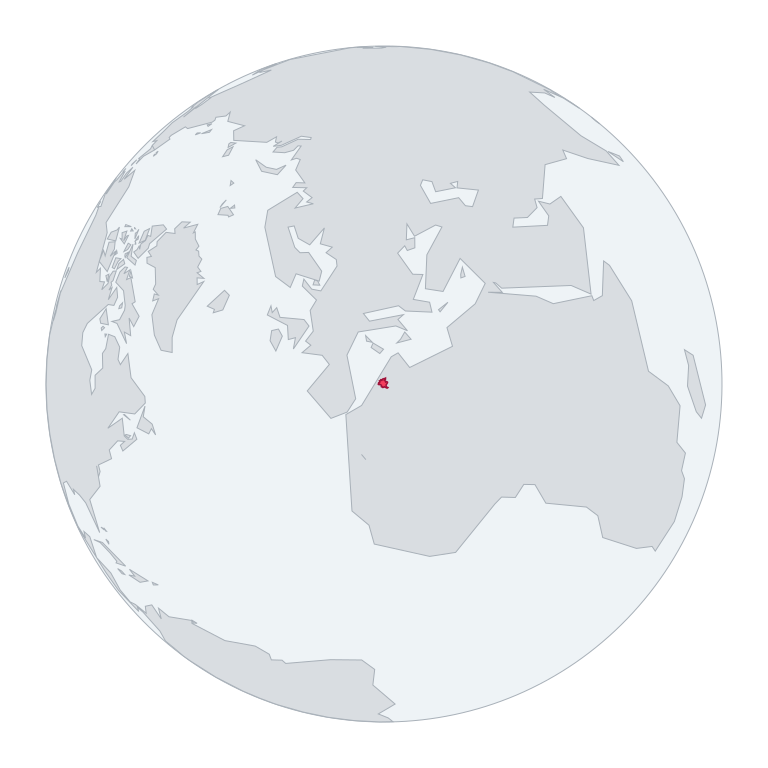 globe centered on M'Sila, rotated 314°
{"feature_id": "DZA-2214", "entity_name": "M'Sila", "entity_type": "Province", "adm_level": 1, "iso_a3": "DZA", "parent_name": "Algeria", "parent_adm1": "", "projection": "orthographic", "projection_center": [4.266, 35.131], "detail": "fine", "context": "on_globe", "style": "filled", "palette": "rose", "viewbox_px": 768, "rotation_deg": 314, "n_neighbors": 0, "source": "natural_earth", "source_scale": "10m", "svg_char_len": 11778}
<svg xmlns="http://www.w3.org/2000/svg" viewBox="0 0 768 768"><g transform="rotate(314 384 384)"><circle cx="384" cy="384" r="338" fill="#eef3f6" stroke="#a8b0b8"/><path d="M186.9,109.5L208.8,96.5L199.9,102.2L207.2,98.5L218.8,91.5L224.6,88.0L265.4,72.6L305.2,59.5L313.5,55.7L315.1,57.0L327.8,51.1L346.6,48.2L328.0,51.6L328.1,52.2L342.2,49.7L345.4,50.0L354.0,49.3L356.5,50.1L345.4,53.1L346.9,53.9L356.8,52.3L365.5,52.8L350.8,54.9L364.6,56.3L348.6,63.4L307.1,71.9L300.6,79.7L264.5,99.5L270.3,99.6L260.3,108.4L263.3,112.0L255.7,115.5L264.6,115.6L270.9,111.8L277.0,110.8L279.3,112.9L270.1,117.3L267.6,117.0L266.1,119.4L260.5,120.9L264.5,121.4L253.1,127.1L267.8,124.7L261.4,132.1L252.9,135.1L249.6,130.4L221.5,128.5L211.8,131.6L201.6,139.9L191.2,163.9L182.3,169.8L173.4,180.9L180.2,179.2L189.6,170.1L200.1,170.6L210.4,160.2L216.1,159.3L228.4,151.3L231.0,157.5L226.9,168.3L216.9,175.6L214.8,180.9L228.0,178.6L212.8,197.7L208.9,220.6L204.5,225.5L189.3,225.5L180.0,212.8L160.3,216.1L177.6,219.5L166.2,233.2L166.2,238.1L169.5,241.1L175.5,238.3L172.6,244.6L154.4,242.7L156.8,236.9L162.5,237.3L158.1,231.9L145.7,232.2L141.0,239.9L127.4,234.8L123.8,240.6L118.8,243.2L125.5,234.1L113.2,250.8L96.5,252.6L79.6,282.7L91.3,252.0L92.6,242.2L92.5,233.8L89.5,238.5L93.5,223.2L90.1,222.1L78.7,240.7L69.2,262.3L65.8,276.4L69.5,270.6L69.8,278.4L59.5,297.9L58.3,318.8L52.6,337.2L50.9,352.6L52.7,358.4L53.9,372.2L58.3,366.7L63.8,370.4L60.3,387.0L66.1,377.5L67.2,391.0L80.3,409.9L78.4,412.2L88.9,447.8L106.0,473.4L109.9,489.2L107.3,494.6L114.5,502.5L114.7,507.4L148.5,537.0L170.0,559.7L172.2,575.6L159.7,585.1L161.5,614.3L142.7,609.1L146.7,618.9L147.3,625.0L137.6,615.3L120.7,595.8L105.3,575.1L91.6,553.3L79.5,530.5L77.6,526.5L71.4,512.2L65.0,495.5L56.3,466.6L50.3,437.2L49.0,428.7L48.3,417.0L47.3,405.4L50.6,394.5L52.5,369.3L52.1,361.8L50.0,365.6L51.1,336.6L55.3,314.6L67.7,265.1L77.3,242.2L88.5,220.0L101.4,198.8L115.8,178.5L131.6,159.3L148.8,141.4L167.3,124.7L186.9,109.5ZM74.4,291.5L73.5,324.7L69.2,315.5L70.9,315.0L72.2,304.3L72.8,290.0L70.5,283.3L74.4,291.5ZM84.7,284.3L84.4,279.8L85.3,283.0L84.7,284.3ZM226.8,86.6L218.7,91.5L207.1,98.1L213.4,93.8L226.8,86.6ZM249.3,76.3L246.5,78.1L238.6,80.7L242.7,78.8L249.3,76.3ZM318.7,53.4L311.5,55.2L317.4,53.5L318.7,53.4ZM354.8,49.1L355.8,48.7L359.8,48.6L354.8,49.1ZM226.1,148.5L227.2,149.9L224.4,150.6L226.1,148.5ZM230.4,143.9L226.4,143.8L227.8,141.7L230.3,141.8L230.4,143.9ZM367.4,50.0L373.6,50.4L365.4,50.4L367.4,50.0ZM235.1,144.6L230.9,138.0L233.5,134.3L245.2,131.8L235.1,144.6ZM375.9,50.9L391.0,52.7L394.6,51.6L393.0,56.4L380.7,52.8L370.0,52.8L376.2,51.9L375.9,50.9ZM271.9,109.8L265.3,113.9L268.7,108.7L271.9,109.8ZM272.6,106.8L274.4,93.9L285.4,89.4L282.5,94.4L295.0,87.7L299.5,91.8L293.7,96.4L285.7,98.3L293.5,98.6L272.6,106.8ZM389.7,59.3L391.7,60.5L387.5,59.9L389.7,59.3ZM279.6,110.0L279.0,107.5L288.5,103.4L291.4,107.7L287.4,107.6L279.6,110.0ZM296.1,84.2L303.7,82.3L309.4,85.0L313.1,84.7L300.6,91.6L296.1,84.2ZM286.5,109.6L292.7,110.1L290.4,114.0L280.9,112.2L286.5,109.6ZM289.7,100.7L294.3,99.0L292.7,101.3L289.7,100.7ZM285.6,129.4L284.6,126.0L289.5,123.4L285.6,129.4ZM295.2,110.0L296.0,108.7L297.8,107.4L301.3,108.6L295.2,110.0ZM305.5,93.2L306.3,95.0L310.9,90.5L315.4,92.8L306.2,97.2L312.0,96.2L313.4,97.0L304.4,99.8L305.5,93.2ZM310.3,106.3L300.2,113.4L300.9,120.0L296.6,122.3L296.2,111.3L310.3,106.3ZM307.6,102.2L308.3,105.2L302.6,106.2L298.6,104.9L307.6,102.2ZM321.7,92.9L317.2,88.3L319.3,87.5L321.7,92.9ZM311.6,107.9L314.0,106.2L312.3,108.3L311.6,107.9ZM319.9,97.2L318.0,95.5L320.5,94.7L319.9,97.2ZM320.4,104.5L317.2,106.6L314.3,105.6L320.4,104.5ZM321.1,100.9L325.0,100.2L315.3,104.0L319.8,100.3L321.1,100.9ZM322.5,96.7L323.4,95.6L323.0,97.5L322.5,96.7ZM333.0,107.4L321.5,112.4L315.3,109.9L327.3,105.4L333.0,107.4ZM481.2,60.3L471.9,59.0L436.7,54.4L452.0,56.1L451.5,57.1L458.7,58.8L469.2,60.5L468.6,59.7L500.5,72.7L531.6,84.9L522.2,78.5L524.8,78.3L552.0,90.9L601.2,125.3L602.9,126.6L612.0,134.6L613.2,135.9L607.2,130.7L618.8,142.3L610.7,135.4L623.6,148.6L627.8,151.6L620.7,143.2L635.4,158.7L637.8,160.9L656.9,184.8L673.8,210.3L688.3,237.2L688.3,237.3L695.5,253.8L698.1,259.5L711.4,300.5L711.0,300.7L716.3,323.0L716.6,324.3L718.1,333.1L718.0,332.8L714.2,314.2L706.9,294.1L708.8,307.9L705.0,297.4L695.2,286.0L695.9,305.7L699.4,353.3L706.0,381.9L704.5,401.1L687.8,374.0L676.5,350.1L672.9,358.8L653.7,347.5L627.5,369.1L621.7,363.9L617.2,371.6L603.4,371.5L593.7,362.3L586.3,367.7L611.7,391.4L619.4,385.7L622.8,368.1L628.7,378.3L641.8,380.9L634.9,419.0L592.5,470.5L584.9,450.2L534.7,402.1L534.3,394.3L534.0,393.5L533.1,392.2L532.1,405.4L522.3,395.1L552.8,432.4L559.4,450.0L591.9,472.2L589.7,476.9L599.2,479.7L625.1,456.5L626.0,463.8L615.9,504.4L576.9,565.4L580.1,589.8L574.0,612.1L545.5,635.2L543.7,648.8L528.4,658.2L524.6,665.9L509.8,676.8L486.8,688.4L452.2,695.2L453.4,689.7L441.1,679.8L425.5,648.0L437.8,629.3L436.1,615.1L410.7,583.2L416.5,562.5L408.9,554.3L393.6,557.3L384.3,547.1L374.8,547.1L312.6,552.5L291.7,536.6L262.1,488.2L272.0,471.3L270.4,449.2L335.5,377.8L353.0,382.8L408.6,370.3L416.2,372.5L413.7,391.0L458.7,407.1L468.3,390.1L505.0,393.9L526.7,386.9L527.2,351.5L491.6,362.2L481.3,347.6L506.7,325.1L537.2,316.6L534.2,310.7L511.5,303.3L515.1,289.3L503.2,299.9L510.6,304.5L503.4,311.6L496.2,308.0L497.8,302.9L487.6,302.9L482.9,328.4L489.8,335.9L465.2,346.3L474.5,360.0L469.0,368.6L451.4,348.7L450.4,340.1L420.4,320.2L419.1,329.9L447.4,349.8L440.1,349.2L438.6,363.9L434.0,352.2L403.5,329.3L379.0,337.3L353.7,373.9L338.2,377.0L322.4,369.7L325.7,333.6L360.1,331.1L361.7,319.6L349.6,303.3L361.1,304.4L360.4,297.8L372.9,296.4L385.6,279.8L397.5,277.1L397.7,257.2L403.8,253.5L402.0,266.1L407.1,273.9L436.2,268.3L440.4,263.2L438.2,251.1L446.5,251.7L440.6,240.8L454.9,232.7L432.5,233.9L429.2,221.1L435.3,209.6L430.2,206.0L420.3,224.9L420.1,232.4L426.3,238.4L421.9,260.8L413.0,265.9L402.2,244.2L388.3,249.5L386.0,231.4L414.0,189.4L428.2,179.7L461.6,188.4L461.1,197.0L448.8,197.8L464.6,208.0L461.2,201.9L468.1,202.8L466.7,191.9L471.5,192.1L462.0,181.8L467.8,180.9L473.7,187.4L476.6,171.8L487.3,167.8L485.6,164.3L480.8,161.7L497.6,159.1L495.6,156.7L489.3,156.6L481.4,151.9L473.8,143.0L480.0,142.6L483.6,145.7L500.4,152.2L508.9,161.4L510.7,160.4L504.8,152.4L484.3,144.3L478.0,139.2L487.9,141.8L483.8,140.4L482.6,137.8L487.2,135.0L476.4,131.8L454.9,106.7L461.7,99.9L472.9,104.3L464.4,89.2L472.8,84.5L467.0,84.1L459.1,77.8L456.3,79.1L453.0,78.5L431.3,65.3L431.0,62.5L415.1,58.2L412.1,58.2L411.5,59.9L393.0,56.4L394.6,51.6L401.3,51.5L397.8,49.3L413.5,50.0L424.8,50.2L444.0,53.7L451.3,54.3L449.1,53.4L457.3,54.3L476.9,59.1L481.2,60.3ZM317.7,416.7L317.0,423.5L317.7,416.7ZM573.1,324.5L589.1,317.2L575.8,300.3L580.9,296.3L574.5,292.4L574.8,299.1L558.2,287.6L562.9,277.9L557.8,270.0L552.2,272.2L546.3,292.1L569.9,308.3L568.8,318.7L573.1,324.5ZM80.8,410.3L82.0,415.8L79.6,412.8L80.8,410.3ZM66.2,320.6L67.2,325.1L66.9,329.8L65.6,327.4L66.2,320.6ZM80.4,355.1L82.7,361.2L79.2,357.7L80.4,355.1ZM73.9,329.6L78.4,351.0L71.9,346.3L69.4,333.1L72.6,338.2L73.9,329.6ZM79.2,291.6L79.3,295.3L77.6,297.5L79.2,291.6ZM85.3,286.7L84.9,286.0L85.9,282.3L85.3,286.7ZM167.3,233.2L168.6,233.6L170.8,237.6L167.6,237.8L167.3,233.2ZM194.1,245.1L188.7,255.1L190.3,247.7L184.7,249.4L180.9,236.7L202.1,227.4L193.2,233.6L194.1,245.1ZM181.8,218.4L181.8,226.7L181.0,218.0L181.8,218.4ZM344.4,266.1L350.2,269.9L347.8,277.6L332.6,283.3L336.0,272.0L344.4,266.1ZM359.1,273.9L352.6,252.1L361.7,248.4L357.7,254.0L364.4,253.8L359.7,262.9L374.8,281.7L373.6,289.8L346.2,294.5L355.8,288.1L349.5,284.3L359.1,273.9ZM319.9,210.2L317.2,202.8L340.6,204.2L340.4,211.1L325.3,216.6L316.6,211.7L319.9,210.2ZM256.6,142.4L254.0,140.9L256.6,139.5L260.8,139.5L256.6,142.4ZM284.7,128.0L270.3,147.9L266.7,147.0L262.6,160.8L251.4,164.1L254.4,154.8L242.8,168.2L241.0,161.2L234.2,170.8L242.1,149.9L240.0,144.8L246.6,149.1L256.9,146.1L260.7,143.3L270.2,131.8L270.9,120.3L281.2,116.2L288.3,116.4L289.7,118.5L282.6,120.3L289.6,121.9L280.3,126.3L284.7,128.0ZM365.8,132.2L356.9,131.5L369.5,139.1L360.3,141.9L362.3,142.6L357.2,147.6L354.6,155.1L349.8,155.6L350.8,158.4L347.5,162.0L347.3,166.2L338.7,168.7L337.8,174.1L334.2,172.3L334.9,181.1L330.5,175.8L325.8,180.5L332.5,183.2L286.4,190.6L270.4,199.2L259.5,209.7L253.4,200.2L259.7,184.8L272.6,168.9L288.8,162.6L283.1,159.9L289.2,156.2L291.2,159.9L291.8,152.2L297.3,150.3L308.8,138.6L306.3,129.6L310.4,125.5L314.2,128.1L315.6,122.3L325.6,124.6L328.8,121.9L341.7,121.9L347.1,129.1L350.3,125.6L360.3,126.0L365.8,132.2ZM336.6,107.6L345.2,114.7L344.4,120.0L322.1,117.9L317.9,120.1L303.6,119.8L305.1,112.3L309.1,113.0L313.2,112.0L311.1,114.7L315.9,111.8L321.5,112.8L326.8,110.9L328.1,113.6L336.6,107.6ZM422.4,364.7L427.8,364.8L435.8,362.8L435.0,372.4L422.4,364.7ZM401.3,349.4L405.9,347.7L408.7,359.5L403.0,359.8L401.3,349.4ZM406.1,337.1L405.9,346.7L402.7,341.7L406.1,337.1ZM406.0,264.1L410.6,261.9L412.0,264.6L410.5,269.2L406.0,264.1ZM401.2,158.2L396.2,156.2L397.0,154.6L390.5,146.9L396.9,144.6L403.2,148.3L401.2,158.2ZM522.5,359.2L517.7,367.6L513.7,365.6L516.2,363.0L522.5,359.2ZM475.3,371.6L487.2,373.2L474.9,374.2L475.3,371.6ZM407.0,154.4L403.6,151.4L408.9,152.2L407.0,154.4ZM401.2,142.6L406.9,142.7L396.9,143.4L401.2,142.6ZM619.4,586.4L592.3,629.9L579.9,636.2L581.0,627.9L593.3,603.8L608.9,590.3L617.4,576.3L619.4,586.4ZM721.0,358.6L720.3,354.1L720.0,347.9L720.0,348.0L721.0,358.6ZM706.9,383.6L711.6,395.0L710.2,401.8L706.9,383.6ZM456.2,135.9L458.1,148.7L463.7,157.6L473.4,161.5L460.5,161.9L452.0,148.2L456.2,135.9ZM454.4,110.1L445.9,107.5L448.9,105.6L451.3,106.0L454.4,110.1ZM449.8,110.6L440.6,113.3L435.4,110.0L443.6,108.5L449.8,110.6ZM424.1,132.6L424.2,136.4L419.9,135.5L424.1,132.6ZM539.0,83.7L539.8,84.2L520.6,76.9L514.7,74.7L525.4,77.2L528.8,78.9L534.8,81.7L536.0,82.2L539.0,83.7ZM394.6,59.8L392.0,60.4L392.3,59.3L394.6,59.8ZM451.7,79.4L447.1,78.5L447.6,76.8L451.7,79.4ZM434.8,75.2L437.4,77.7L432.1,75.2L434.8,75.2ZM443.8,83.6L437.2,78.8L447.2,83.2L443.8,83.6Z" fill="#d9dde1" stroke="#a8b0b8" stroke-width="1"/><path d="M387.8,380.2L387.8,380.3L388.0,380.4L388.3,380.5L388.5,380.8L389.3,381.0L388.8,381.5L388.7,381.6L388.4,381.7L388.3,381.8L388.2,381.7L387.7,381.7L387.5,381.8L387.3,381.9L387.2,381.8L387.1,381.7L386.9,381.7L387.0,382.1L387.1,382.3L387.1,382.5L387.0,383.0L386.9,383.2L386.7,383.4L386.6,383.5L386.5,383.8L386.9,383.9L387.1,383.9L387.3,384.0L387.5,384.1L387.6,384.3L387.8,385.1L387.7,385.2L387.7,385.3L387.6,385.5L387.4,385.6L387.2,385.7L386.7,385.8L386.4,385.9L386.2,385.9L385.7,386.0L385.3,386.1L385.2,386.1L384.9,386.1L384.7,386.2L384.6,386.3L384.5,386.5L384.4,386.6L384.0,387.0L383.9,387.2L383.8,387.3L383.7,387.6L383.6,387.8L383.8,388.4L383.9,388.6L384.0,388.7L384.1,388.9L384.1,389.0L384.2,389.3L383.7,389.3L383.7,389.2L383.0,388.7L382.9,388.6L382.9,388.4L382.9,388.2L382.6,387.6L382.3,386.7L382.3,386.3L382.3,386.2L381.5,386.0L381.4,386.0L381.2,386.0L381.1,385.9L381.0,385.7L380.9,385.6L380.8,385.4L380.7,385.4L380.7,385.2L380.8,385.1L380.7,385.0L380.7,384.8L380.6,384.7L380.8,384.5L380.8,384.4L380.7,384.4L380.5,384.5L380.5,384.4L380.4,384.4L380.2,383.9L381.1,383.1L381.1,382.9L381.1,382.6L381.1,382.4L381.3,382.2L381.2,381.9L380.6,381.3L380.5,381.2L380.4,381.2L380.1,380.9L379.8,380.3L379.8,380.1L380.0,380.0L380.2,380.4L380.3,380.5L380.5,380.8L380.6,380.7L380.6,380.4L380.5,380.2L380.6,379.9L380.8,379.9L380.9,379.7L381.0,379.6L381.0,379.4L381.3,379.3L381.5,379.3L381.8,379.5L382.0,379.7L382.4,379.6L382.5,379.5L382.8,379.6L382.9,379.4L382.9,379.2L383.1,378.7L383.2,378.8L383.3,378.9L383.5,378.9L383.8,378.8L384.4,378.9L384.5,378.9L384.8,378.9L384.9,378.7L385.0,378.7L385.1,378.8L385.2,379.0L385.3,379.1L385.2,379.3L385.0,379.5L384.9,379.6L384.9,379.8L385.0,379.9L385.6,379.9L385.8,379.9L386.2,379.7L386.3,379.7L386.6,379.7L386.8,379.6L387.0,379.8L387.3,380.0L387.5,380.1L387.8,380.2Z" fill="#f43f5e" stroke="#9f1239" stroke-width="1.5"/></g></svg>